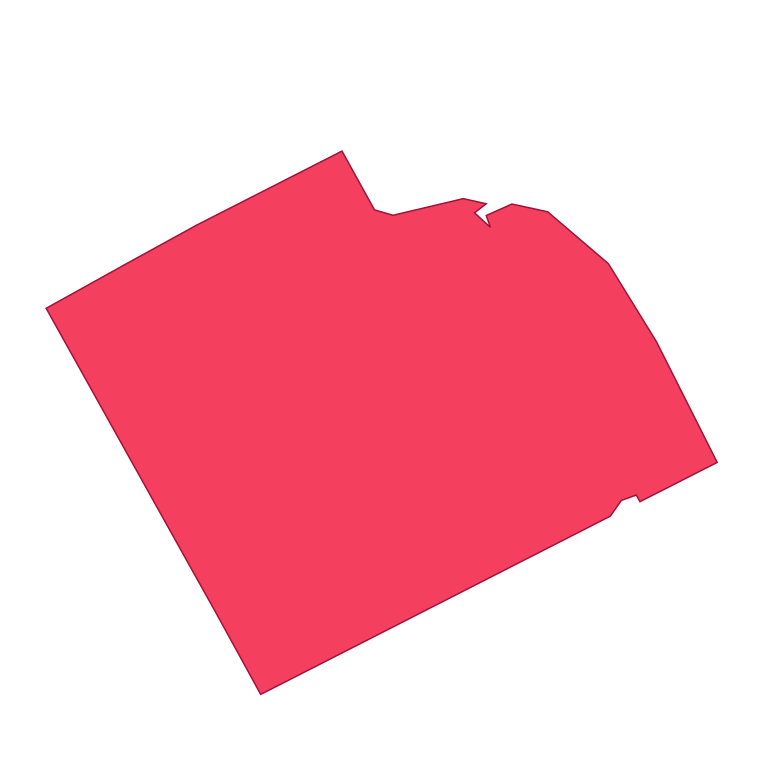 the district of McNairy, Tennessee, United States of America, rotated 61°
{"feature_id": "52423323B32095866653049", "entity_name": "McNairy", "entity_type": "district", "adm_level": 2, "iso_a3": "USA", "parent_name": "United States of America", "parent_adm1": "Tennessee", "projection": "orthographic", "projection_center": [-88.59, 35.19], "detail": "fine", "context": "isolated", "style": "filled", "palette": "rose", "viewbox_px": 768, "rotation_deg": 61, "n_neighbors": 0, "source": "geoboundaries", "source_scale": "gbopen_adm2", "svg_char_len": 458}
<svg xmlns="http://www.w3.org/2000/svg" viewBox="0 0 768 768"><g transform="rotate(61 384 384)"><path d="M159.9,307.8L154.2,470.4L153.9,553.5L154.0,642.8L450.3,642.1L498.5,641.9L595.7,642.3L609.3,250.1L600.9,232.8L603.4,217.2L611.0,217.2L614.1,130.6L479.1,125.2L387.6,129.4L312.7,157.4L288.6,184.9L286.2,212.9L298.6,215.0L278.2,221.8L275.9,207.3L260.3,224.8L240.8,294.3L227.1,307.9L159.9,307.8Z" fill="#f43f5e" stroke="#9f1239" stroke-width="1.5"/></g></svg>